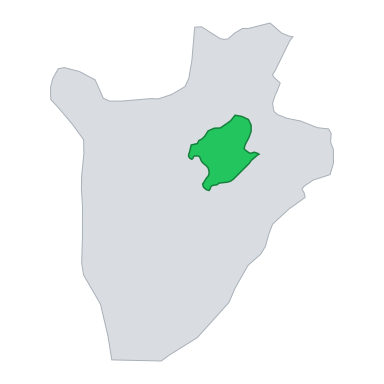 Karuzi highlighted on a map of Burundi
{"feature_id": "BDI-2633", "entity_name": "Karuzi", "entity_type": "Province", "adm_level": 1, "iso_a3": "BDI", "parent_name": "Burundi", "parent_adm1": "", "projection": "mercator", "projection_center": [30.088, -3.137], "detail": "fine", "context": "in_parent", "style": "filled", "palette": "green", "viewbox_px": 384, "rotation_deg": 0, "n_neighbors": 0, "source": "natural_earth", "source_scale": "10m", "svg_char_len": 1857}
<svg xmlns="http://www.w3.org/2000/svg" viewBox="0 0 384 384"><path d="M292.9,36.8L289.7,40.9L275.3,70.4L272.5,74.8L274.1,77.5L280.2,83.1L276.6,92.4L275.2,94.9L272.5,103.6L274.0,111.5L277.4,114.5L286.8,118.3L300.9,121.1L317.4,127.7L328.6,128.9L331.2,133.7L330.6,142.2L333.4,149.6L333.5,162.9L330.1,174.6L313.1,180.1L304.3,186.1L301.9,189.1L304.0,192.6L305.2,197.3L289.1,208.9L272.6,224.1L268.7,234.4L265.4,246.5L260.6,254.3L248.0,265.4L235.2,287.9L228.9,302.5L197.4,337.5L169.4,355.0L161.3,361.0L111.8,359.9L108.0,336.3L100.5,304.1L83.5,274.9L81.7,262.8L82.4,239.3L82.5,206.3L81.4,188.6L81.7,175.6L83.9,153.2L83.6,139.7L72.4,124.3L58.5,107.8L50.9,99.7L50.5,93.2L50.6,87.2L52.8,78.4L58.3,68.7L64.4,67.6L79.4,71.5L95.1,79.8L103.4,98.4L109.7,101.1L121.3,101.1L150.8,98.6L158.2,98.9L171.6,94.5L185.0,86.6L188.8,78.4L191.9,60.2L194.7,27.2L201.5,26.8L220.2,38.6L224.2,39.4L228.1,38.9L234.6,33.1L242.5,28.4L248.4,28.5L270.0,23.0L281.6,33.0L289.0,36.1L292.9,36.8Z" fill="#d9dde1" stroke="#a8b0b8" stroke-width="1"/><path d="M191.2,145.0L197.5,143.5L198.8,140.6L202.0,138.9L204.7,136.3L208.1,130.9L214.3,128.2L220.3,128.0L230.5,120.9L235.1,115.2L242.0,116.5L248.4,119.5L251.1,125.1L251.1,131.4L248.8,137.8L245.5,144.0L244.7,146.2L244.1,148.5L245.4,150.1L248.6,152.5L250.2,153.3L252.2,152.9L254.2,152.2L256.3,152.9L257.9,153.5L259.0,154.2L257.7,154.9L251.2,160.5L249.1,163.5L233.4,179.2L230.4,181.3L227.1,182.2L219.9,183.0L218.4,183.5L217.7,184.3L216.9,184.8L213.3,185.3L211.7,185.9L210.6,187.1L210.2,188.9L209.0,190.5L206.2,189.6L203.5,187.2L202.6,184.0L203.1,183.5L206.4,178.1L207.8,176.5L208.6,175.2L209.0,173.7L209.1,171.6L208.1,167.8L205.9,165.4L203.4,163.5L201.5,161.3L199.5,156.6L198.1,156.0L194.5,155.9L193.5,156.8L192.8,158.4L191.8,159.3L189.7,158.1L188.6,156.4L188.6,154.8L189.7,151.5L191.2,145.0Z" fill="#22c55e" stroke="#15803d" stroke-width="1.5"/></svg>